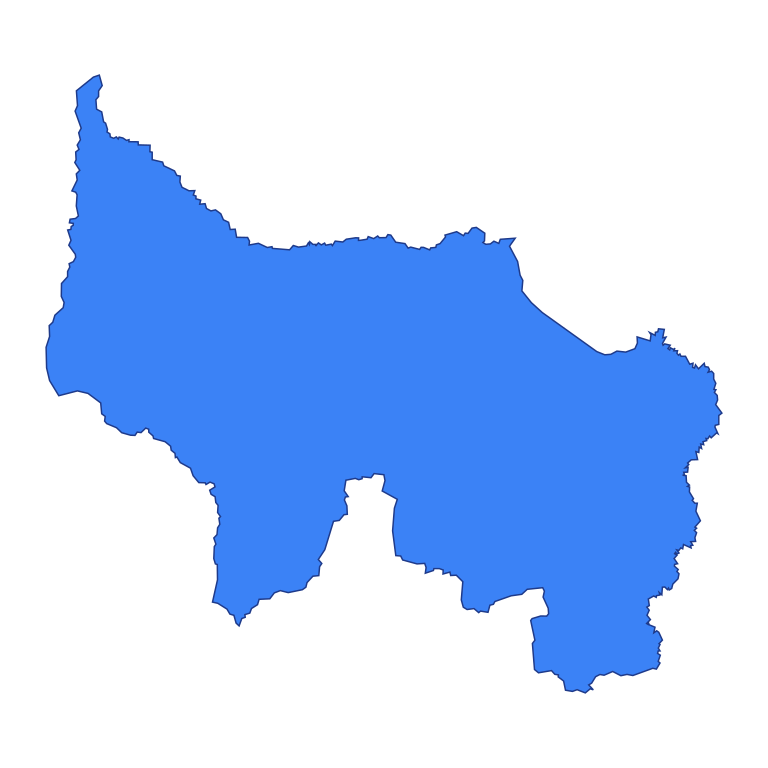 Khao Phanom, Krabi, Thailand (Robinson projection)
{"feature_id": "78962969B52375509392370", "entity_name": "Khao Phanom", "entity_type": "district", "adm_level": 2, "iso_a3": "THA", "parent_name": "Thailand", "parent_adm1": "Krabi", "projection": "robinson", "projection_center": [99.161, 8.285], "detail": "fine", "context": "isolated", "style": "filled", "palette": "blue", "viewbox_px": 768, "rotation_deg": 0, "n_neighbors": 0, "source": "geoboundaries", "source_scale": "gbopen_adm2", "svg_char_len": 6068}
<svg xmlns="http://www.w3.org/2000/svg" viewBox="0 0 768 768"><path d="M46.6,367.9L49.6,380.6L58.8,395.7L77.4,390.9L88.0,393.4L100.7,402.9L101.7,413.8L105.2,416.4L104.6,421.1L106.7,423.6L116.5,427.7L121.7,432.7L130.5,435.2L135.0,435.4L137.2,432.1L141.0,432.6L145.7,428.1L148.7,429.2L148.8,432.2L153.0,435.9L153.6,438.5L165.1,441.7L170.6,446.2L171.2,450.2L175.0,453.3L175.4,457.6L176.9,457.0L180.3,462.6L190.5,468.2L193.1,475.7L198.8,482.6L205.2,482.8L206.0,484.5L210.0,482.1L214.1,483.8L215.0,486.9L209.7,490.2L211.1,494.3L215.1,496.7L215.8,502.5L218.1,505.4L217.6,512.5L220.5,516.6L218.9,518.2L219.8,524.3L217.6,527.8L217.0,534.6L213.8,538.0L215.9,544.2L214.3,546.6L213.8,558.6L215.4,563.9L217.3,564.5L217.5,579.8L212.5,602.1L217.8,603.3L227.0,609.1L229.9,614.1L233.9,615.3L236.1,623.1L239.1,625.9L241.8,618.5L245.2,617.3L244.9,614.6L249.8,613.1L251.5,608.5L257.5,604.7L259.1,599.3L269.8,598.8L274.3,592.9L280.3,590.6L288.2,592.6L302.4,589.7L305.9,587.2L307.0,582.6L312.9,576.2L318.8,575.6L319.6,566.7L321.8,563.5L318.3,559.5L324.8,549.7L333.5,521.3L339.3,520.4L344.0,514.7L347.3,514.3L346.9,505.8L344.4,500.0L345.4,497.0L348.2,496.6L344.2,490.8L345.9,480.2L355.3,478.4L358.8,479.7L362.1,478.7L362.2,476.8L371.0,477.7L374.1,473.6L383.9,474.7L385.0,480.6L382.2,491.0L397.3,499.3L394.4,508.2L392.6,530.8L395.8,555.6L400.7,556.0L402.7,560.0L417.0,563.9L424.7,563.4L426.1,567.5L425.3,573.2L433.4,570.5L433.9,568.6L439.4,568.6L443.2,570.0L443.0,574.0L449.9,572.1L450.7,575.5L456.3,575.2L462.8,581.7L461.3,599.9L463.3,607.2L467.1,609.5L474.0,608.6L478.7,612.6L480.5,611.1L488.0,612.3L489.9,605.2L493.4,604.3L494.9,601.5L511.1,595.8L521.8,594.3L527.2,589.3L542.7,587.7L544.4,591.1L543.1,597.1L548.2,608.2L548.6,613.8L546.7,616.1L540.7,616.0L532.1,618.6L530.7,620.5L534.9,640.2L532.4,643.5L534.5,669.5L538.5,672.8L551.5,670.6L554.8,674.3L558.4,674.9L558.2,676.9L563.6,681.0L565.5,690.2L572.5,691.4L577.1,689.7L585.3,692.9L590.2,688.8L593.3,689.8L588.7,684.9L591.6,683.2L595.6,676.7L599.9,674.5L604.1,675.2L612.7,671.5L620.9,675.7L627.0,674.4L632.9,675.5L652.8,668.3L656.4,669.1L660.0,663.0L658.2,661.4L660.3,655.2L657.6,653.4L658.2,651.0L660.0,650.9L658.3,648.1L660.0,644.5L659.0,643.7L662.4,640.1L658.8,632.3L656.7,630.8L653.8,632.8L655.0,627.2L649.2,624.8L648.5,622.8L648.0,624.4L646.6,623.5L650.4,619.6L647.0,615.3L649.2,610.2L646.8,607.1L649.3,605.6L648.3,599.0L653.7,596.0L656.2,597.3L656.4,595.7L659.9,595.0L659.2,592.5L661.8,594.8L662.4,587.2L664.8,587.0L667.4,589.6L668.5,588.1L669.2,590.0L671.7,588.5L672.8,584.1L678.0,578.8L679.0,573.8L676.9,571.5L678.2,569.5L674.4,566.1L674.6,564.4L677.6,563.7L674.1,558.5L677.0,555.2L674.6,553.7L675.6,552.3L676.8,554.0L679.0,553.0L676.8,549.9L678.9,550.4L680.8,547.9L682.7,548.8L683.5,544.5L691.1,547.9L690.6,545.6L692.8,545.2L690.7,541.7L695.6,541.4L694.9,537.7L696.6,532.7L694.3,530.3L696.6,528.2L694.9,527.1L700.4,520.8L695.9,511.2L697.3,503.2L694.8,503.2L692.2,500.3L693.5,498.7L689.4,491.9L689.6,487.0L687.5,486.4L689.4,485.1L686.5,482.3L686.1,475.7L682.6,475.2L684.5,474.8L683.7,472.3L687.6,472.1L688.1,467.3L685.4,467.8L688.8,464.5L687.6,463.0L691.3,459.8L697.6,459.6L695.9,451.6L698.8,452.5L699.2,447.1L701.6,448.5L700.7,444.0L703.7,444.7L703.0,441.7L706.7,440.6L706.0,438.5L707.8,438.8L709.6,436.0L711.2,437.8L716.6,432.9L717.9,433.7L714.9,427.0L715.3,425.3L718.8,424.4L718.8,415.5L721.9,413.1L715.7,404.6L717.6,400.0L717.2,395.4L714.4,392.4L715.9,389.7L713.9,389.4L715.8,383.3L713.7,379.1L713.7,373.5L711.6,371.2L708.1,372.2L709.5,369.6L708.2,367.1L705.0,366.6L704.2,363.3L698.5,368.8L695.5,364.8L694.5,368.0L692.6,367.4L693.0,363.2L689.7,364.2L685.5,356.3L681.0,356.3L679.9,354.0L678.5,355.2L676.9,353.3L677.5,350.7L673.8,350.8L675.0,348.2L673.5,349.4L670.4,347.8L669.7,349.9L667.9,348.6L670.2,345.2L664.7,343.9L663.1,345.2L662.5,343.4L666.0,337.1L662.7,337.8L664.3,329.4L658.5,328.8L657.8,331.8L655.4,332.3L655.2,335.4L649.6,332.5L651.0,334.7L650.2,340.9L637.1,336.9L637.4,343.1L634.9,348.7L625.7,352.1L616.9,351.1L610.9,354.3L604.8,354.8L596.8,351.6L542.2,312.5L531.3,302.6L521.9,290.9L522.8,280.4L520.1,275.2L517.6,261.5L509.5,246.2L515.2,238.2L500.3,239.3L498.8,243.4L493.9,241.2L490.4,243.9L485.8,244.3L482.9,242.5L484.5,240.9L484.8,233.2L476.3,227.4L472.0,228.1L468.1,233.4L465.2,233.1L463.5,235.7L456.7,231.7L445.0,235.1L445.5,237.0L440.1,243.6L436.4,244.9L435.8,247.4L430.7,247.9L429.7,249.9L423.6,247.4L421.1,247.3L419.6,249.4L410.7,247.1L408.1,248.1L405.0,243.6L395.7,242.2L390.8,235.1L387.9,234.6L386.0,237.6L379.3,237.7L377.7,236.0L373.7,238.6L368.2,236.6L367.1,239.2L360.3,240.3L358.5,240.4L358.6,237.9L355.6,237.8L346.3,239.2L342.8,242.0L335.2,241.1L332.4,245.6L331.3,244.1L325.8,245.2L324.6,243.1L321.3,244.9L318.4,242.9L315.6,246.1L316.0,244.4L312.9,244.4L309.8,241.7L309.4,244.5L308.4,242.8L306.5,246.0L298.5,247.1L293.3,245.5L289.6,249.8L272.4,248.4L272.0,246.7L267.3,247.5L258.4,243.3L249.1,245.0L249.5,241.2L247.6,237.5L236.6,237.3L235.2,229.2L230.2,229.5L228.6,222.3L223.4,219.8L220.8,213.8L215.5,209.9L210.9,210.9L206.5,208.5L205.1,203.7L199.7,204.2L200.7,200.1L195.9,198.8L196.0,196.1L193.3,195.0L194.8,190.6L189.0,190.8L182.0,187.3L179.9,182.0L180.3,176.1L176.8,175.4L174.5,170.9L163.8,165.8L162.6,162.1L152.2,159.7L152.2,152.2L149.9,151.7L150.1,145.2L138.3,144.9L138.1,141.8L128.9,141.7L129.0,139.7L126.5,140.4L122.9,138.0L119.1,137.1L118.2,139.0L116.3,136.9L113.7,138.3L110.3,136.9L109.9,133.8L107.0,132.0L107.5,129.4L105.6,123.2L103.6,121.8L101.7,111.9L96.6,109.2L95.9,99.7L98.6,96.5L98.6,90.9L102.2,85.6L99.3,75.1L93.4,77.1L76.4,90.8L77.5,105.7L75.1,111.1L81.2,128.2L78.7,132.8L80.4,139.8L77.2,145.1L79.0,149.4L75.7,152.0L76.1,159.8L74.8,162.5L79.8,170.3L76.3,173.9L77.2,180.0L71.9,190.9L75.7,192.2L77.1,194.8L76.3,206.0L78.4,216.0L75.5,218.5L70.1,219.2L69.4,222.8L73.3,223.4L73.2,225.3L71.2,226.5L70.9,229.4L67.7,230.0L71.0,240.3L68.8,245.2L75.3,254.3L75.7,257.3L73.4,261.6L69.1,263.7L69.8,267.1L67.6,271.4L67.6,276.7L61.5,283.5L61.3,296.4L64.1,302.5L63.2,307.7L54.9,315.2L52.8,322.2L49.2,325.6L49.6,336.5L46.1,347.3L46.6,367.9Z" fill="#3b82f6" stroke="#1e3a8a" stroke-width="1.5"/></svg>